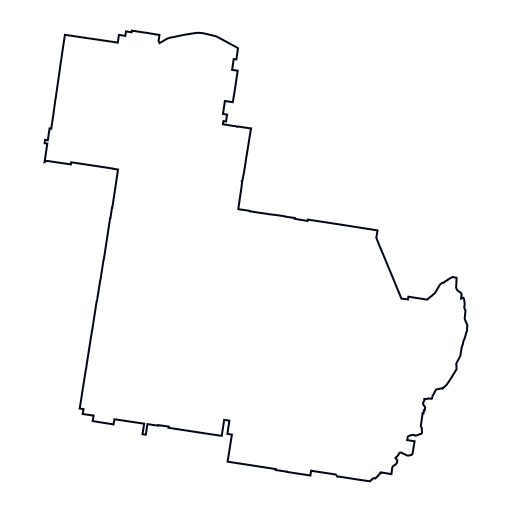 Coolamon, New South Wales, Australia
{"feature_id": "25037944B40233060499011", "entity_name": "Coolamon", "entity_type": "district", "adm_level": 2, "iso_a3": "AUS", "parent_name": "Australia", "parent_adm1": "New South Wales", "projection": "robinson", "projection_center": [147.189, -34.6], "detail": "fine", "context": "isolated", "style": "outline", "palette": "ink", "viewbox_px": 512, "rotation_deg": 0, "n_neighbors": 0, "source": "geoboundaries", "source_scale": "gbopen_adm2", "svg_char_len": 5759}
<svg xmlns="http://www.w3.org/2000/svg" viewBox="0 0 512 512"><path d="M63.6,43.5L62.9,48.1L62.1,53.6L61.2,60.0L60.1,67.1L59.8,69.3L59.3,73.2L56.1,95.1L56.0,96.3L55.4,99.6L53.6,112.5L53.5,113.7L53.4,114.4L53.0,117.0L51.5,126.8L51.3,128.7L49.6,128.4L47.8,140.3L45.1,139.9L44.6,143.2L47.3,143.6L44.6,162.0L44.8,161.9L45.0,161.8L45.8,161.4L46.6,161.0L46.9,160.9L47.1,160.9L57.8,162.5L70.9,164.4L71.2,162.3L93.9,165.7L99.3,166.5L102.7,167.1L103.4,167.1L113.0,168.6L113.0,168.8L118.0,169.5L116.3,181.2L112.3,207.7L112.0,207.6L110.4,218.3L110.1,218.3L104.9,252.5L103.8,259.5L103.6,259.6L101.0,276.2L100.9,276.7L100.9,277.0L100.9,277.5L100.6,279.2L100.2,280.5L97.4,298.1L97.3,299.1L97.2,299.9L97.1,300.2L96.8,301.0L96.6,301.6L92.3,329.7L92.2,330.2L92.0,330.7L90.4,340.8L86.5,365.8L86.0,369.3L85.8,369.8L85.3,372.9L83.7,383.1L82.7,389.4L81.9,394.4L81.3,398.6L80.9,401.0L80.4,404.2L80.0,406.7L79.6,408.5L83.5,409.1L82.7,414.0L93.6,415.6L92.7,421.1L113.5,424.4L114.4,419.3L114.8,419.3L144.2,423.7L142.5,434.2L145.8,434.7L147.4,424.1L158.1,425.7L158.1,425.1L168.8,426.6L168.6,427.8L186.8,430.6L221.7,435.9L224.2,419.9L229.2,420.6L229.4,420.7L227.4,433.9L231.9,434.6L227.6,461.7L244.8,464.3L275.8,469.1L275.6,470.0L286.3,471.6L286.7,471.6L286.7,471.9L310.4,475.5L311.1,470.7L311.3,470.7L311.3,470.8L335.8,474.5L337.3,476.6L337.6,476.4L358.2,479.6L365.6,480.7L370.2,481.3L370.9,480.2L372.2,479.5L372.6,478.6L374.5,478.1L375.1,478.5L376.3,477.6L380.2,473.3L380.2,473.2L380.8,473.2L380.9,472.4L391.4,474.1L392.3,467.4L392.8,466.6L392.9,466.4L393.1,466.1L393.4,465.8L393.5,465.7L394.0,465.5L395.1,464.9L396.1,464.0L396.5,463.4L396.9,462.9L397.0,462.3L397.3,460.8L397.3,460.3L397.2,460.1L397.0,459.9L396.7,459.5L396.0,458.9L395.7,458.6L395.5,458.3L395.5,458.0L395.7,457.7L396.6,456.8L397.1,456.5L397.4,456.2L398.6,454.5L398.8,454.1L398.9,453.6L399.2,453.2L399.7,452.8L400.2,452.6L400.7,452.6L401.1,452.6L401.5,452.7L402.0,453.0L402.5,453.3L403.5,453.8L404.9,454.3L405.3,454.6L406.6,455.4L408.8,455.6L409.7,455.2L411.3,455.1L412.5,453.9L414.6,441.3L407.2,440.1L407.8,436.8L408.1,436.5L408.4,436.2L409.0,435.9L409.3,435.8L410.0,435.5L410.4,435.4L411.8,435.1L412.5,435.0L412.9,434.9L413.1,434.9L413.3,434.9L414.0,435.0L414.7,435.3L415.4,435.6L415.5,435.5L416.1,435.5L418.9,434.7L419.9,434.1L421.0,434.0L422.0,433.1L421.8,428.2L420.9,426.3L420.8,425.8L421.0,424.5L422.5,414.4L422.4,414.4L422.5,413.3L423.5,413.4L423.9,410.3L424.7,410.4L425.1,407.2L423.1,404.3L423.2,402.3L424.4,400.7L424.3,399.0L427.3,398.9L428.2,398.4L431.4,398.8L431.9,398.6L432.8,395.3L432.9,395.2L433.7,394.1L436.0,389.5L442.1,388.3L442.2,388.2L442.5,388.6L446.4,385.0L448.4,382.3L451.6,377.3L456.5,369.3L456.4,364.7L456.2,363.7L460.3,356.0L461.6,347.9L462.5,344.9L462.9,344.2L463.4,341.1L464.6,338.6L464.9,337.5L465.6,335.2L466.1,332.7L467.1,330.7L467.0,328.6L467.4,325.9L467.0,324.4L465.1,320.0L464.7,318.6L465.5,310.3L465.2,309.8L464.7,308.9L464.5,308.5L464.3,307.6L464.3,307.2L464.3,306.7L464.3,306.2L464.5,305.7L464.6,305.2L464.6,304.8L464.7,304.2L464.6,303.2L464.5,302.7L464.5,302.2L464.4,301.1L464.3,300.7L464.2,300.2L464.0,299.3L463.8,298.7L463.6,298.0L463.5,297.8L463.2,297.8L462.9,297.9L461.1,298.6L461.6,295.4L461.4,295.4L461.5,294.8L461.5,294.5L461.5,294.2L461.4,293.9L461.3,293.6L461.2,293.4L461.1,293.1L460.9,292.9L460.8,292.7L460.6,292.6L459.9,292.1L459.0,291.6L458.1,290.9L457.6,290.5L457.4,290.2L457.2,290.1L456.9,289.5L456.6,289.0L456.5,288.7L456.3,288.3L456.2,287.8L456.1,287.5L456.2,286.2L456.6,277.8L454.7,277.5L452.8,276.9L447.8,279.6L447.8,279.8L447.7,280.0L446.1,280.9L445.7,281.0L445.3,281.3L444.0,282.5L443.8,282.6L443.1,282.6L442.7,282.7L442.4,282.8L440.4,284.3L440.0,284.6L439.8,284.9L436.8,289.9L435.2,292.8L432.2,295.4L432.2,295.5L427.3,299.4L427.1,299.6L408.4,296.7L407.9,299.4L401.4,298.6L393.0,278.2L387.9,265.9L383.1,254.3L379.4,245.6L376.3,237.8L377.3,231.9L377.4,230.4L356.5,227.1L347.7,225.7L307.9,219.6L307.6,221.0L294.7,218.8L294.8,218.0L292.0,217.6L284.7,216.5L284.7,216.3L277.4,215.2L268.3,214.1L267.2,214.0L266.9,213.8L258.3,212.6L251.4,211.5L249.7,211.3L249.6,210.9L245.5,210.2L240.3,209.5L238.3,209.1L238.5,207.4L239.3,202.2L239.8,198.6L241.6,186.5L241.6,186.3L241.6,186.0L241.8,184.4L242.1,182.5L242.1,182.2L242.1,181.8L241.7,181.2L242.0,180.8L242.3,180.7L242.5,180.3L243.4,175.4L243.4,175.0L243.6,174.4L243.7,174.1L245.2,164.8L245.7,161.7L245.8,160.5L246.3,157.5L247.6,149.6L248.5,143.9L250.1,133.9L251.1,128.4L250.6,128.4L250.4,128.4L249.6,128.2L249.1,128.2L248.6,128.1L248.0,128.0L247.2,127.9L246.5,127.8L245.2,127.6L243.7,127.4L242.7,127.3L241.2,127.0L240.6,126.9L240.2,126.8L239.7,126.8L239.2,126.6L238.4,126.6L237.5,126.8L237.2,126.9L236.3,126.4L236.0,126.2L235.2,126.1L234.1,126.1L233.5,126.0L232.4,125.8L231.6,125.6L230.6,125.5L228.9,125.3L227.3,124.9L226.9,124.8L226.4,124.8L222.9,124.3L223.4,121.1L226.0,121.5L227.1,114.6L223.0,113.9L224.9,101.0L232.8,102.2L234.5,91.9L234.7,90.6L235.6,84.8L236.6,77.8L237.7,70.7L232.1,69.9L233.7,59.1L236.4,59.4L238.0,48.2L235.6,46.8L228.7,43.1L226.3,41.7L224.2,40.6L217.3,36.9L216.3,36.4L214.5,35.9L204.8,33.6L202.8,33.2L201.4,33.0L199.0,32.9L197.5,32.8L196.5,32.9L195.6,33.0L192.4,33.5L188.6,34.1L186.6,34.4L185.0,34.7L183.2,35.0L180.0,35.7L176.2,36.5L173.0,37.2L172.5,37.2L170.4,37.6L169.6,37.9L168.8,38.1L168.2,38.3L167.6,38.5L167.0,38.8L166.5,39.1L164.8,40.1L161.7,41.9L159.6,43.1L158.6,40.8L159.5,34.9L159.1,34.8L158.6,34.8L158.1,34.7L157.6,34.6L157.2,34.6L156.6,34.6L155.9,34.4L154.0,34.1L153.4,34.0L152.9,33.9L152.4,33.8L151.9,33.7L150.9,33.6L150.0,33.5L149.5,33.3L149.0,33.2L146.4,32.8L142.5,32.3L136.9,31.4L131.9,30.7L131.6,32.3L126.0,31.4L125.3,35.9L118.9,34.9L117.8,42.6L101.4,40.2L100.7,40.1L98.1,39.7L87.0,38.1L64.9,34.8L64.6,37.0L64.1,40.3L63.6,43.5Z" fill="none" stroke="#020617" stroke-width="2"/></svg>